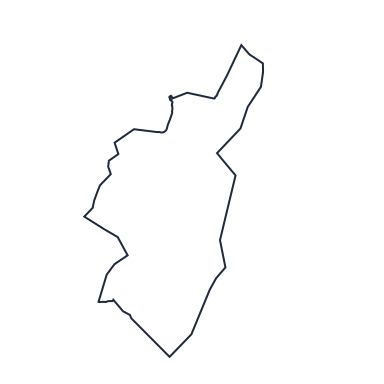 O'lgii, Uvs, Mongolia, rotated 40°
{"feature_id": "93677404B88101121559012", "entity_name": "O'lgii", "entity_type": "district", "adm_level": 2, "iso_a3": "MNG", "parent_name": "Mongolia", "parent_adm1": "Uvs", "projection": "mercator", "projection_center": [92.028, 48.988], "detail": "fine", "context": "isolated", "style": "outline", "palette": "slate", "viewbox_px": 384, "rotation_deg": 40, "n_neighbors": 0, "source": "geoboundaries", "source_scale": "gbopen_adm2", "svg_char_len": 2474}
<svg xmlns="http://www.w3.org/2000/svg" viewBox="0 0 384 384"><g transform="rotate(40 192 192)"><path d="M280.8,332.7L283.0,301.4L276.4,280.6L268.4,255.4L265.9,242.5L266.1,228.3L244.4,210.9L214.7,151.3L196.1,148.0L186.2,146.1L188.3,112.2L180.0,91.0L177.2,67.1L169.3,54.4L163.6,47.9L147.5,49.7L135.4,47.8L143.9,80.2L148.2,100.2L148.3,100.5L148.5,100.6L148.6,100.8L148.8,101.0L148.9,101.5L148.8,101.9L149.0,102.4L149.0,102.6L149.1,102.9L149.0,103.1L148.8,103.3L148.8,103.6L148.7,104.0L148.8,104.4L148.9,104.7L149.0,104.9L149.1,105.2L149.1,105.5L149.1,105.8L149.0,106.1L147.8,106.8L124.5,119.1L117.0,132.7L116.7,132.9L116.4,132.9L116.2,132.7L116.0,132.4L115.9,132.3L115.9,132.2L115.7,132.2L115.6,132.3L115.5,132.5L115.3,132.4L115.1,132.4L114.8,132.1L114.6,131.9L114.4,131.9L114.1,131.8L113.9,132.0L114.0,132.4L114.0,132.7L114.0,132.9L113.8,132.9L113.8,133.0L113.7,133.2L113.5,133.4L113.5,133.5L113.6,133.8L113.8,134.0L114.1,134.2L115.1,134.7L115.7,135.3L116.0,135.5L116.5,135.5L116.7,135.4L116.9,135.3L117.0,135.1L117.1,134.9L117.4,134.9L117.8,135.4L118.0,135.5L118.4,135.5L118.7,135.5L118.9,135.6L119.1,135.6L119.3,135.7L119.3,135.8L119.5,136.1L119.7,136.4L119.8,136.8L119.9,137.2L120.1,137.4L120.4,137.7L120.5,138.0L120.6,138.3L120.7,138.5L120.9,138.5L121.2,138.6L121.5,138.7L121.7,138.9L121.9,139.0L122.0,139.2L122.0,139.4L122.2,139.6L122.4,139.8L123.1,140.3L123.4,140.6L123.7,140.9L123.8,141.2L124.0,141.6L124.2,141.9L124.4,142.3L124.6,142.7L124.8,143.0L125.3,143.3L125.5,143.6L125.8,143.9L126.0,144.3L126.2,144.5L126.3,144.9L126.4,145.3L126.5,145.6L126.7,146.1L127.0,146.5L127.2,147.4L127.7,148.3L127.8,148.6L127.9,149.0L127.9,149.3L128.0,149.7L128.4,150.3L128.6,150.6L128.7,151.0L129.0,152.2L129.2,152.8L129.4,153.2L129.5,153.8L129.8,154.4L129.9,154.8L130.0,155.2L130.1,155.6L130.9,157.4L131.9,159.4L132.4,160.7L132.5,161.1L132.5,161.6L132.5,162.0L132.4,162.4L132.2,162.8L132.2,163.1L132.2,163.4L132.0,163.8L131.8,164.3L131.3,165.1L130.7,165.8L130.1,166.2L129.3,166.7L128.5,167.1L127.9,167.4L127.1,168.3L107.2,181.2L101.0,204.0L111.2,210.3L108.2,221.4L111.5,226.5L118.3,230.5L117.2,246.0L119.7,253.5L122.7,261.8L126.1,267.9L125.3,280.1L148.3,277.0L164.1,274.3L183.4,281.9L179.0,297.1L179.8,310.2L191.0,336.2L191.7,335.9L192.5,335.3L193.1,334.6L194.6,333.2L196.7,331.7L197.1,330.8L198.0,329.4L199.1,328.5L199.8,327.7L200.7,327.2L201.2,326.7L201.2,325.9L201.0,325.1L215.8,327.7L223.5,326.1L226.7,327.8L280.8,332.7Z" fill="none" stroke="#1e293b" stroke-width="2"/></g></svg>